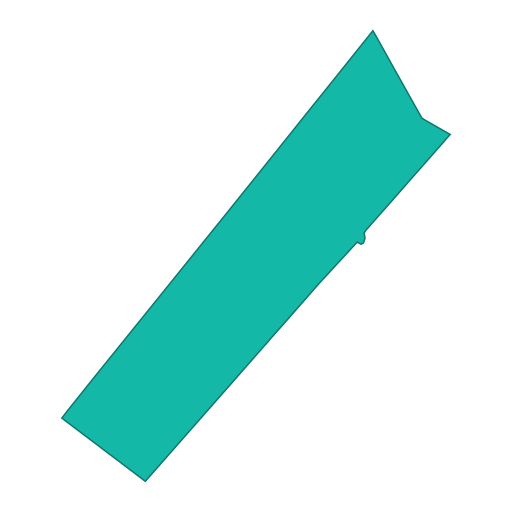 the district of Sucupira do Norte, Maranhão, Brazil
{"feature_id": "56859067B91383684307252", "entity_name": "Sucupira do Norte", "entity_type": "district", "adm_level": 2, "iso_a3": "BRA", "parent_name": "Brazil", "parent_adm1": "Maranhão", "projection": "equal_earth", "projection_center": [-44.257, -6.503], "detail": "fine", "context": "isolated", "style": "filled", "palette": "teal", "viewbox_px": 512, "rotation_deg": 0, "n_neighbors": 0, "source": "geoboundaries", "source_scale": "gbopen_adm2", "svg_char_len": 660}
<svg xmlns="http://www.w3.org/2000/svg" viewBox="0 0 512 512"><path d="M372.9,30.7L329.6,84.8L320.6,96.0L313.0,105.4L274.7,153.3L225.1,215.1L182.1,268.4L175.2,277.0L95.8,375.3L67.2,411.1L61.8,418.1L82.9,434.1L145.3,481.3L195.1,424.7L237.1,376.9L263.9,346.3L266.1,343.9L271.5,337.6L275.4,333.2L282.1,325.7L316.0,287.0L319.9,282.6L357.1,242.2L361.1,244.2L363.5,242.9L365.0,238.2L364.6,235.6L364.2,232.9L366.0,230.1L367.9,228.0L389.0,204.1L405.7,185.1L408.2,182.2L441.7,144.2L443.3,142.4L447.2,137.8L450.2,134.5L425.2,120.2L421.9,118.0L419.3,113.5L403.2,84.8L393.2,67.0L391.3,63.5L377.6,38.9L372.9,30.7Z" fill="#14b8a6" stroke="#0f766e" stroke-width="1.5"/></svg>